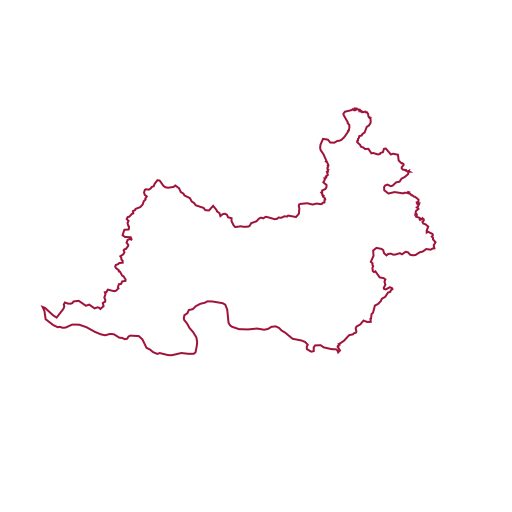 outline of Mae Sariang, Mae Hong Son, Thailand, rotated 309°
{"feature_id": "78962969B31524896745165", "entity_name": "Mae Sariang", "entity_type": "district", "adm_level": 2, "iso_a3": "THA", "parent_name": "Thailand", "parent_adm1": "Mae Hong Son", "projection": "mercator", "projection_center": [97.922, 18.297], "detail": "fine", "context": "isolated", "style": "outline", "palette": "rose", "viewbox_px": 512, "rotation_deg": 309, "n_neighbors": 0, "source": "geoboundaries", "source_scale": "gbopen_adm2", "svg_char_len": 6133}
<svg xmlns="http://www.w3.org/2000/svg" viewBox="0 0 512 512"><g transform="rotate(309 256 256)"><path d="M421.2,289.2L419.8,288.0L416.5,289.3L414.4,287.9L413.2,288.1L411.6,286.8L409.8,282.2L408.4,281.1L410.0,275.9L407.7,273.3L407.9,271.5L407.0,268.6L407.9,267.1L408.1,263.1L409.0,262.3L409.9,262.7L411.2,261.6L412.3,261.7L414.2,260.8L416.1,262.3L417.9,261.9L420.2,262.7L426.1,260.8L428.2,261.6L431.1,261.4L432.8,260.4L434.8,258.5L434.8,257.4L435.4,257.5L434.9,256.1L437.0,253.5L437.5,251.8L436.8,251.1L437.1,250.2L434.9,248.5L435.0,247.0L434.3,247.0L434.9,244.9L433.8,244.9L434.5,243.8L433.7,242.3L434.0,241.6L432.9,240.0L431.9,241.4L431.0,240.6L431.5,239.7L430.9,238.7L429.7,238.6L424.1,234.3L421.6,234.4L420.8,235.2L417.6,243.3L416.9,243.7L416.6,246.0L414.8,247.6L411.9,249.2L411.3,248.7L410.0,249.4L404.2,249.8L400.1,249.3L397.9,248.2L396.7,246.8L393.4,245.6L390.9,242.3L391.7,238.7L389.2,234.4L383.0,236.1L380.4,237.8L378.9,239.7L377.6,244.3L374.2,250.9L373.5,250.9L373.8,251.8L372.1,255.2L371.2,255.0L370.7,255.9L369.5,256.0L368.6,256.8L368.6,257.8L367.9,257.7L366.9,258.8L366.0,258.2L364.2,260.8L361.8,260.2L361.6,261.0L360.3,261.1L359.5,260.3L358.7,261.4L355.6,262.0L355.6,266.1L353.9,267.4L351.9,267.8L348.5,266.2L347.2,267.3L346.4,266.8L345.8,268.8L345.2,269.0L345.3,270.7L344.3,270.8L344.2,273.3L343.4,274.3L342.6,274.0L340.7,275.5L339.3,274.4L338.0,274.4L337.0,273.7L335.0,270.2L331.6,267.6L329.3,262.7L324.5,257.8L323.3,257.1L321.8,257.7L320.3,259.7L315.9,262.7L311.5,262.6L307.6,255.5L306.3,255.4L304.7,253.1L301.5,251.5L300.2,249.4L298.1,248.9L296.4,247.4L293.1,239.7L292.4,238.8L289.9,238.0L288.9,235.7L287.1,234.8L283.2,234.5L278.5,231.6L275.4,232.1L274.0,231.5L271.1,228.3L269.6,225.6L265.4,221.6L265.8,219.1L267.7,215.0L270.0,213.2L268.5,210.0L269.7,207.5L269.4,205.4L267.6,203.8L264.6,203.2L266.3,200.6L266.1,197.5L266.8,196.7L268.0,191.1L261.8,190.8L259.7,187.7L260.4,185.0L257.5,177.3L258.2,174.6L257.9,171.8L259.4,168.2L258.0,162.3L258.8,160.4L258.4,157.2L260.2,153.7L260.0,148.9L257.8,148.5L253.7,144.7L252.4,142.3L252.2,140.1L254.0,133.7L252.9,131.7L248.3,131.8L245.8,132.6L244.0,131.5L242.4,131.7L240.2,131.0L238.5,128.4L237.5,128.0L234.9,129.0L233.5,131.1L233.6,133.6L231.1,133.8L230.4,134.6L228.0,134.3L224.7,135.5L221.2,135.3L216.9,132.8L215.5,133.1L213.5,132.1L211.9,133.8L210.6,133.0L206.8,132.8L205.5,131.8L203.4,132.2L203.0,134.9L200.9,135.3L199.1,137.7L199.1,138.6L197.0,140.2L196.4,140.3L193.5,137.2L188.2,139.2L188.3,142.1L191.7,146.8L190.6,148.8L190.2,148.8L190.0,147.4L187.7,146.1L184.8,147.1L184.3,149.6L183.5,150.3L179.5,150.5L178.5,149.6L177.2,149.5L176.1,151.4L173.8,151.8L170.4,150.7L169.7,152.6L168.5,153.7L168.4,155.3L166.9,156.6L164.4,154.1L162.9,154.0L160.8,152.7L159.2,153.2L158.5,154.6L158.6,158.3L157.7,159.1L158.2,160.2L156.5,164.5L156.9,165.7L155.6,169.5L154.5,170.2L152.0,168.0L149.4,168.7L147.8,167.2L144.7,168.4L144.3,169.5L140.5,168.9L139.3,167.8L136.6,162.0L133.8,162.5L132.7,161.4L131.7,163.0L128.2,164.3L127.1,166.5L125.6,167.5L123.1,166.5L121.1,169.1L116.9,168.4L117.1,166.8L116.4,165.2L113.7,163.5L113.3,157.0L110.3,155.1L109.6,146.4L105.8,142.8L103.7,142.9L102.0,141.7L100.5,139.5L99.7,136.8L97.4,137.1L96.1,138.8L93.6,139.6L82.7,139.8L82.2,135.6L82.9,124.8L82.1,122.2L80.2,126.1L74.5,132.3L74.7,141.8L75.9,146.8L77.4,148.0L78.6,151.0L80.6,153.1L87.0,156.3L91.3,161.7L94.0,169.1L95.6,178.3L97.5,184.8L99.5,188.7L103.3,191.4L105.1,193.7L105.8,195.2L106.5,201.1L108.1,203.6L108.8,206.4L110.6,207.9L113.2,207.6L115.0,208.4L120.0,215.3L119.7,220.2L115.7,228.7L116.6,232.6L116.5,236.4L117.8,240.9L120.0,242.3L123.7,250.1L126.0,253.1L133.6,259.0L137.7,265.4L140.9,269.2L143.1,269.6L148.6,266.7L151.9,264.6L155.2,260.9L157.3,255.0L158.2,249.6L160.2,244.8L161.1,240.4L162.3,239.0L164.9,237.6L168.4,238.7L171.8,237.8L174.8,240.3L179.1,240.8L183.8,242.8L187.4,245.6L190.2,246.8L193.2,250.7L198.4,259.9L198.8,262.8L196.3,267.3L186.9,276.6L185.8,279.3L185.9,281.9L188.5,288.9L193.9,296.0L200.3,302.5L203.8,308.7L206.8,311.2L210.7,312.6L213.7,315.6L214.6,319.1L214.2,322.8L214.8,326.9L214.7,336.5L219.0,344.6L220.1,348.3L219.6,352.0L217.3,352.6L215.7,354.1L216.2,358.2L216.7,359.5L218.5,360.7L221.2,358.4L223.7,358.2L227.3,362.3L227.6,366.1L231.1,373.2L233.9,377.1L233.8,378.8L232.8,380.5L235.4,380.7L236.7,376.8L237.3,377.1L237.7,376.3L238.8,376.5L239.5,375.8L239.8,376.5L240.2,376.1L245.4,377.7L253.1,378.2L256.2,380.7L257.5,380.7L259.3,381.9L260.4,381.6L262.6,378.9L264.4,378.5L268.4,380.1L273.5,380.2L274.7,383.9L277.0,386.6L279.2,384.5L279.7,384.8L283.5,382.4L285.6,382.6L292.3,379.6L295.4,381.0L299.3,381.4L302.0,380.7L305.5,382.1L310.7,381.6L312.6,382.9L314.2,382.4L316.1,382.9L316.6,382.1L316.0,379.7L311.6,377.8L311.0,376.1L311.7,375.3L315.1,374.6L316.9,372.0L319.2,371.3L319.1,369.1L317.2,365.6L319.2,358.4L317.8,357.8L317.7,356.4L319.8,354.1L321.9,353.4L322.2,352.3L323.7,351.1L323.7,348.9L330.1,347.2L334.0,343.6L338.1,344.5L340.5,349.1L340.6,351.2L338.8,353.7L338.6,357.0L340.7,357.4L342.7,359.3L343.4,361.8L344.7,363.3L348.7,366.0L349.2,368.4L353.4,369.6L354.5,371.8L354.0,375.1L355.3,377.5L357.1,379.3L361.9,380.9L364.4,382.8L368.5,383.9L370.9,387.8L372.9,388.5L374.2,389.8L376.1,387.4L379.7,386.8L380.3,383.1L381.5,382.2L381.7,380.4L383.2,380.5L384.2,379.4L383.1,374.4L381.7,373.9L383.2,372.6L387.2,371.4L387.3,367.9L386.5,365.5L387.2,363.9L389.2,364.0L390.1,363.2L390.1,361.5L388.6,361.6L387.7,361.0L388.4,360.7L387.7,360.0L388.6,359.2L387.3,355.6L389.2,355.2L389.6,354.4L388.5,353.7L391.7,352.0L394.8,352.6L395.0,350.4L396.1,350.9L399.4,349.9L397.9,348.8L398.8,347.2L400.4,348.1L402.1,346.8L402.1,342.4L401.5,341.3L401.6,339.2L401.0,338.6L401.4,336.7L400.7,335.3L401.9,334.9L401.4,333.9L400.4,334.0L398.6,331.6L397.3,331.0L392.9,323.5L387.9,319.6L387.8,314.3L390.1,312.2L392.1,312.0L394.2,313.2L395.1,316.8L396.7,317.9L401.5,318.6L404.1,320.8L407.6,320.4L411.1,321.9L415.6,322.7L417.2,321.3L418.1,322.3L417.9,321.4L418.4,321.2L417.2,320.7L416.6,318.6L417.1,318.3L415.6,316.0L415.7,314.2L416.8,313.3L419.2,313.5L420.2,313.0L420.3,311.5L419.6,310.8L420.0,306.8L424.0,302.6L421.8,298.2L419.8,296.9L421.2,289.2Z" fill="none" stroke="#9f1239" stroke-width="2"/></g></svg>